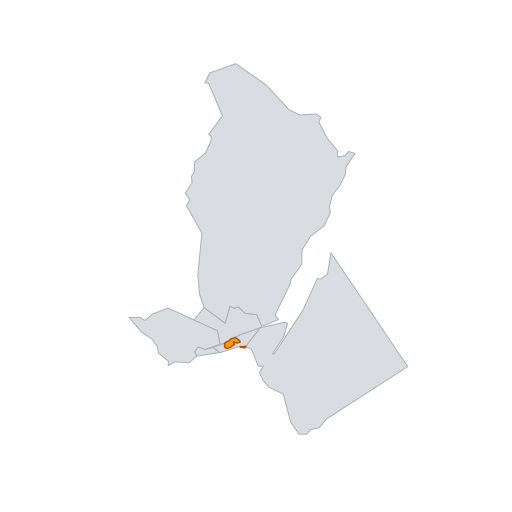 Palestine and the surrounding countries, rotated 236°
{"feature_id": "PSE", "entity_name": "Palestine", "entity_type": "country or territory", "adm_level": 0, "iso_a3": "PSE", "parent_name": "Asia", "parent_adm1": "", "projection": "robinson", "projection_center": [35.031, 31.871], "detail": "fine", "context": "with_neighbors", "style": "filled", "palette": "amber", "viewbox_px": 512, "rotation_deg": 236, "n_neighbors": 6, "source": "natural_earth", "source_scale": "50m", "svg_char_len": 2769}
<svg xmlns="http://www.w3.org/2000/svg" viewBox="0 0 512 512"><g transform="rotate(236 256 256)"><path d="M204.2,169.3L201.1,181.1L197.1,179.2L194.7,188.1L197.6,189.6L194.7,191.4L194.2,195.0L199.5,193.2L199.8,198.4L194.1,219.7L186.7,196.8L190.0,192.4L196.1,171.9L204.2,169.3Z" fill="#d9dde1" stroke="#a8b0b8" stroke-width="1"/><path d="M204.2,169.3L196.4,171.8L206.1,151.0L211.1,151.7L213.0,156.9L206.9,161.9L204.2,169.3Z" fill="#d9dde1" stroke="#a8b0b8" stroke-width="1"/><path d="M201.1,181.1L203.1,176.9L215.6,182.1L237.5,167.9L242.2,184.2L217.6,192.9L228.9,206.3L225.2,208.5L223.4,213.0L214.7,214.8L207.1,223.8L194.5,221.6L194.1,219.7L199.8,198.4L201.1,181.1Z" fill="#d9dde1" stroke="#a8b0b8" stroke-width="1"/><path d="M203.1,176.9L206.9,161.9L213.0,156.9L211.1,151.7L206.1,151.0L205.1,140.8L213.7,129.5L214.2,122.0L217.8,124.6L230.0,120.9L235.9,123.4L244.9,123.4L257.5,118.4L276.0,116.5L270.5,124.9L264.6,128.1L265.8,137.9L262.0,154.0L215.6,182.1L203.1,176.9Z" fill="#d9dde1" stroke="#a8b0b8" stroke-width="1"/><path d="M194.5,221.6L207.1,223.8L214.7,214.8L223.4,213.0L225.2,208.5L228.9,206.3L217.6,192.9L242.2,184.2L255.8,187.8L272.7,197.1L305.3,224.0L336.6,226.4L339.6,232.7L347.6,232.4L352.4,243.9L358.1,247.0L360.2,251.7L368.2,257.3L369.7,271.7L376.6,283.1L380.2,285.8L383.3,284.8L391.0,306.6L425.8,313.3L428.1,310.5L433.7,319.9L426.8,346.7L392.4,360.0L359.0,365.1L348.3,371.2L340.2,385.2L334.8,387.4L331.8,383.0L313.9,380.9L297.3,382.5L292.5,379.0L289.5,385.6L290.8,391.2L285.7,395.5L279.6,380.4L273.6,375.6L267.3,364.4L263.9,353.5L255.8,344.3L250.6,342.1L242.9,329.4L241.9,312.2L235.2,297.4L223.6,289.4L217.1,271.8L213.8,268.8L196.5,238.9L190.8,239.0L194.5,221.6Z" fill="#d9dde1" stroke="#a8b0b8" stroke-width="1"/><path d="M216.6,319.9L79.5,319.9L81.5,223.2L78.3,212.5L81.5,204.2L79.9,198.5L84.2,192.1L99.2,191.9L126.3,201.4L139.7,193.4L149.7,192.3L157.7,193.9L160.7,200.6L163.3,196.2L181.2,200.1L186.7,196.8L194.1,219.7L185.4,242.1L182.7,244.5L173.8,234.2L165.8,215.0L164.6,216.2L184.8,264.6L203.0,294.2L200.7,296.5L201.1,305.2L216.6,319.9Z" fill="#d9dde1" stroke="#a8b0b8" stroke-width="1"/><path d="M201.2,181.0L201.4,183.1L201.0,185.0L201.0,186.5L201.3,189.5L200.6,190.7L200.3,192.2L200.1,193.3L199.6,193.2L198.1,194.0L196.1,194.8L194.0,195.0L193.7,194.8L193.6,194.4L194.2,192.5L194.5,191.6L195.4,190.7L196.7,189.9L197.3,189.7L197.2,189.3L196.4,188.8L195.6,188.5L194.8,188.8L194.6,188.7L194.5,188.4L194.8,188.1L194.9,187.5L194.8,186.4L194.7,185.2L194.5,184.2L195.0,182.6L195.1,181.8L195.7,180.2L197.2,179.2L198.4,179.5L199.1,179.5L199.4,179.7L199.5,180.3L200.5,181.0L201.2,181.0ZM189.1,191.9L189.6,192.5L187.7,194.8L187.7,195.8L186.5,196.9L186.1,195.8L186.0,195.4L188.1,193.2L189.1,191.9Z" fill="#f59e0b" stroke="#b45309" stroke-width="1.5"/></g></svg>